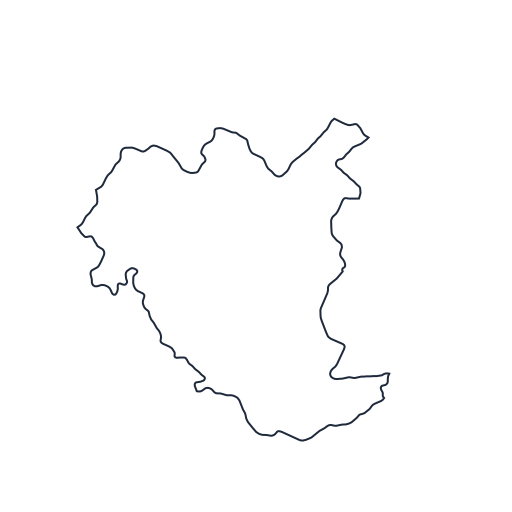 the district of San Francisco de Macorís, Duarte, Dominican Republic, rotated 294°
{"feature_id": "3306468B54253052941239", "entity_name": "San Francisco de Macorís", "entity_type": "district", "adm_level": 2, "iso_a3": "DOM", "parent_name": "Dominican Republic", "parent_adm1": "Duarte", "projection": "orthographic", "projection_center": [-70.214, 19.332], "detail": "fine", "context": "isolated", "style": "outline", "palette": "slate", "viewbox_px": 512, "rotation_deg": 294, "n_neighbors": 0, "source": "geoboundaries", "source_scale": "gbopen_adm2", "svg_char_len": 6111}
<svg xmlns="http://www.w3.org/2000/svg" viewBox="0 0 512 512"><g transform="rotate(294 256 256)"><path d="M410.0,310.6L410.4,307.0L410.9,305.1L412.0,303.4L415.2,299.3L416.9,295.6L417.2,294.6L417.1,293.5L416.9,293.0L414.0,289.0L413.4,287.8L413.1,286.4L412.9,283.7L412.9,280.1L413.3,271.7L410.6,270.4L408.8,269.9L402.2,269.5L400.3,269.2L396.5,267.5L391.6,266.2L388.4,264.7L384.1,263.7L380.3,262.0L375.5,260.7L370.0,258.1L366.9,256.4L364.6,255.4L361.6,253.6L356.7,251.2L354.2,250.5L348.3,250.3L345.8,249.8L340.3,247.3L339.4,246.6L338.6,245.7L337.9,244.6L337.6,243.4L337.5,242.1L337.7,240.2L339.6,235.9L340.8,231.6L342.3,229.3L346.6,224.7L347.3,223.6L347.9,222.3L348.2,219.6L348.3,212.6L348.4,211.2L348.8,209.9L349.9,208.1L351.7,206.1L354.9,203.3L358.1,200.9L358.8,199.3L359.4,192.3L360.4,188.1L360.3,187.1L359.4,184.5L359.2,183.1L359.0,174.7L358.7,172.6L358.1,170.9L356.7,168.5L356.1,167.7L355.1,167.1L353.5,167.1L350.6,168.4L348.7,168.9L346.5,169.0L344.4,168.8L343.1,168.4L341.9,167.7L338.8,165.2L337.2,164.2L335.8,163.7L333.8,163.4L330.3,163.4L329.1,163.6L327.9,164.1L327.5,164.4L326.9,165.3L325.9,168.2L323.8,170.5L322.4,171.0L321.3,170.9L318.3,169.6L317.0,169.3L310.9,168.8L309.6,168.6L308.5,168.0L307.8,167.2L306.3,164.8L305.3,162.5L304.9,159.0L305.1,154.8L305.4,153.4L306.0,152.2L309.5,147.4L313.6,139.3L315.0,136.7L315.5,135.4L315.9,131.9L316.0,121.1L315.5,118.3L315.0,117.1L313.8,115.8L312.8,115.1L310.1,113.9L306.8,111.9L305.6,110.6L305.2,109.5L305.1,108.2L305.0,102.0L304.7,99.2L304.3,98.0L301.7,92.6L300.9,91.7L300.0,91.0L298.8,90.5L297.6,90.3L296.3,90.3L294.5,90.7L290.8,92.3L289.6,92.5L287.7,92.5L286.4,92.2L283.3,90.8L282.0,90.4L275.7,89.9L273.7,89.6L269.8,87.9L268.5,87.6L265.8,87.3L258.8,87.1L256.3,86.4L251.3,82.9L245.7,86.7L240.9,89.0L239.7,89.3L238.5,89.3L237.4,89.0L234.8,87.8L233.6,87.5L227.9,86.6L223.4,84.7L221.4,84.4L216.5,84.2L214.4,83.8L212.7,83.1L209.6,81.2L205.8,87.1L204.3,90.8L204.0,91.8L204.1,92.8L204.4,93.4L206.3,96.1L206.8,97.1L206.9,97.7L206.6,98.8L205.7,100.3L203.7,102.7L202.2,105.1L200.9,106.6L200.4,108.1L199.8,113.0L199.3,114.1L198.1,115.5L196.5,116.4L194.5,116.7L187.5,116.7L183.4,116.4L182.1,116.1L180.9,115.5L176.3,112.0L175.1,111.6L173.9,111.6L172.1,112.2L168.0,115.4L164.8,117.0L163.5,118.3L163.0,119.3L162.8,121.1L163.3,122.3L163.9,123.4L166.5,126.4L167.1,127.5L167.7,129.4L167.8,131.3L167.7,133.3L167.1,135.2L166.0,136.8L163.5,139.6L163.0,140.6L162.8,141.7L163.3,142.9L163.8,143.3L164.8,143.6L167.2,143.7L169.6,143.2L173.0,141.6L174.1,141.5L174.6,141.7L175.0,142.0L175.6,142.9L175.9,146.6L176.3,147.6L177.0,148.5L178.6,148.9L179.7,148.8L180.6,148.4L182.3,146.7L186.2,144.4L187.9,144.0L189.8,144.3L193.2,146.3L194.4,147.5L194.8,148.7L195.0,150.5L194.8,152.2L194.4,153.2L194.0,153.6L192.9,154.0L191.4,153.8L189.1,152.6L188.0,152.4L186.8,152.5L181.4,154.8L179.2,156.4L177.4,158.4L176.4,160.1L175.9,162.1L175.8,167.6L175.5,168.8L174.9,169.8L173.4,170.5L169.2,170.9L168.0,171.3L166.8,171.9L165.3,173.1L163.9,174.6L163.2,175.7L162.7,176.9L162.0,179.6L161.5,180.6L157.9,183.3L155.4,186.0L153.4,189.8L149.8,194.6L148.4,197.4L147.3,199.0L145.9,200.5L144.3,201.7L142.6,202.5L139.9,203.2L139.0,203.8L138.6,204.3L138.2,205.4L138.0,206.7L138.0,213.6L137.6,216.3L136.8,217.9L134.9,220.7L134.1,221.3L131.4,222.3L130.7,223.1L130.6,223.6L130.8,225.2L132.2,227.5L134.0,231.6L134.2,232.7L134.1,233.2L133.3,234.8L131.0,237.8L130.4,239.0L129.6,242.7L127.9,246.5L126.9,250.8L125.3,254.7L124.7,257.4L124.3,258.4L123.9,258.8L122.9,259.2L121.7,259.1L120.7,258.6L118.5,256.3L116.3,252.9L115.9,252.5L114.9,252.1L113.8,252.2L112.2,253.1L108.4,256.9L108.9,258.7L109.7,260.3L111.0,261.5L114.5,263.5L115.6,264.9L116.1,266.0L116.3,267.2L116.3,269.1L116.0,270.3L114.6,273.4L114.4,275.2L114.7,276.3L116.0,279.5L116.9,285.9L118.8,290.3L119.2,292.3L119.2,294.2L119.0,296.2L118.6,297.4L117.2,299.7L110.5,306.5L107.6,310.3L103.7,313.1L102.3,314.6L101.1,316.1L98.0,322.1L95.4,327.5L94.9,330.0L94.8,332.0L95.2,334.6L96.8,338.5L97.7,342.1L98.1,343.3L98.8,344.2L100.1,345.4L101.1,345.9L104.3,346.9L104.7,347.2L105.3,348.2L105.6,349.4L105.8,351.4L105.6,370.7L105.8,372.0L106.4,373.8L108.4,376.4L111.3,379.2L112.8,380.5L122.1,385.2L126.4,388.5L129.6,390.3L131.0,391.4L131.7,392.4L132.2,393.5L133.0,397.1L133.5,398.3L137.0,403.2L138.7,406.6L139.5,407.6L140.9,409.2L142.4,410.5L143.5,411.2L149.0,413.8L152.9,415.0L153.7,415.7L155.0,417.4L156.6,419.0L162.4,422.0L166.2,422.8L167.9,423.5L169.5,424.7L173.4,428.3L174.9,429.6L176.6,430.4L178.4,430.8L179.3,429.1L180.2,428.5L182.1,427.7L182.9,427.1L184.8,424.7L185.6,424.0L186.5,423.6L187.6,423.5L188.6,423.8L190.7,426.5L191.6,427.2L193.3,427.7L194.5,427.6L197.6,426.3L200.0,425.6L202.7,425.6L202.2,423.8L201.4,422.2L200.3,421.0L198.1,419.4L195.3,415.0L194.1,412.2L192.4,409.1L191.4,406.7L189.7,403.6L188.7,401.3L184.8,396.0L184.3,394.8L183.4,391.1L182.9,389.9L179.3,385.1L176.4,379.8L175.8,377.9L175.7,376.0L176.1,374.1L176.7,373.1L177.6,372.2L178.6,371.6L179.9,371.3L181.2,371.2L183.6,371.7L187.4,373.5L190.1,374.0L206.4,374.3L208.3,374.1L209.5,373.7L210.4,372.8L210.9,371.0L210.8,358.2L211.4,355.4L212.0,354.2L214.8,351.1L223.4,342.5L225.5,340.6L227.2,339.5L232.6,336.9L234.6,336.5L251.0,336.3L253.7,335.8L256.8,334.5L258.6,334.4L260.3,334.9L268.2,338.9L277.1,341.5L278.3,340.4L279.3,340.2L280.2,340.4L281.9,341.4L283.0,341.5L284.1,341.1L285.6,340.1L287.0,338.7L288.1,337.1L289.8,333.8L290.6,333.0L291.5,332.2L293.4,331.6L298.8,331.0L300.4,330.1L301.3,329.3L301.9,328.3L302.3,327.2L302.9,324.1L303.3,323.0L305.6,318.1L306.7,316.7L308.1,315.6L312.9,313.1L318.3,310.5L319.4,310.1L321.3,310.0L323.2,310.2L327.0,311.9L329.7,312.4L333.3,312.6L341.2,312.5L343.1,312.7L344.3,313.2L344.8,313.5L345.4,314.5L346.5,318.3L347.8,321.0L349.0,323.8L350.4,326.7L354.3,326.2L356.2,325.8L360.2,323.6L361.3,322.4L362.5,318.4L363.9,315.2L365.1,310.3L366.8,306.5L367.7,302.2L369.2,298.9L370.3,294.1L370.9,293.0L371.7,292.2L372.7,291.5L373.9,291.2L375.1,291.2L376.8,291.6L377.7,292.3L379.6,294.9L380.5,295.6L381.5,296.1L385.7,297.2L389.0,298.7L392.6,299.6L394.5,300.3L396.1,301.5L400.2,305.4L401.8,306.7L407.8,309.8L410.0,310.6Z" fill="none" stroke="#1e293b" stroke-width="2"/></g></svg>